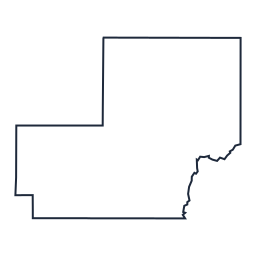 the district of Meade, South Dakota, United States of America
{"feature_id": "52423323B5171660117524", "entity_name": "Meade", "entity_type": "district", "adm_level": 2, "iso_a3": "USA", "parent_name": "United States of America", "parent_adm1": "South Dakota", "projection": "mercator", "projection_center": [-102.545, 44.59], "detail": "fine", "context": "isolated", "style": "outline", "palette": "slate", "viewbox_px": 256, "rotation_deg": 0, "n_neighbors": 0, "source": "geoboundaries", "source_scale": "gbopen_adm2", "svg_char_len": 689}
<svg xmlns="http://www.w3.org/2000/svg" viewBox="0 0 256 256"><path d="M103.6,37.6L103.4,38.5L102.8,108.1L102.7,125.5L16.3,125.5L16.1,177.6L15.4,195.2L32.7,195.1L32.8,209.7L32.8,218.2L55.3,218.2L78.8,218.2L86.0,218.2L90.3,218.3L185.1,218.4L182.8,214.8L185.2,212.8L183.2,212.0L184.3,205.8L187.3,204.5L187.3,202.1L189.5,200.5L188.1,193.9L189.1,186.8L191.7,180.7L191.8,176.7L194.4,172.8L196.0,173.7L197.7,171.4L197.1,168.1L196.8,159.6L197.9,160.3L200.2,156.7L204.2,157.1L208.9,155.9L208.8,157.7L212.4,159.6L217.1,160.9L220.0,157.6L224.5,159.2L227.2,155.5L230.3,152.8L229.8,151.4L232.8,149.7L235.3,145.6L240.5,144.2L240.6,37.9L103.6,37.6Z" fill="none" stroke="#1e293b" stroke-width="2"/></svg>